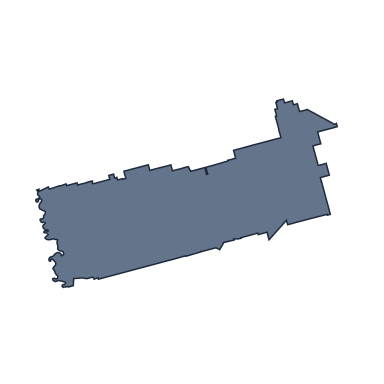 Río Bravo, Tamaulipas, Mexico, rotated 255°
{"feature_id": "50627088B84741997482443", "entity_name": "Río Bravo", "entity_type": "district", "adm_level": 2, "iso_a3": "MEX", "parent_name": "Mexico", "parent_adm1": "Tamaulipas", "projection": "orthographic", "projection_center": [-98.021, 25.728], "detail": "fine", "context": "isolated", "style": "filled", "palette": "slate", "viewbox_px": 384, "rotation_deg": 255, "n_neighbors": 0, "source": "geoboundaries", "source_scale": "gbopen_adm2", "svg_char_len": 5654}
<svg xmlns="http://www.w3.org/2000/svg" viewBox="0 0 384 384"><g transform="rotate(255 192 192)"><path d="M134.6,319.8L137.3,319.8L140.2,319.9L152.3,319.8L166.5,319.8L169.0,319.8L168.8,319.6L172.7,319.7L172.7,329.0L184.9,329.0L184.9,320.8L205.2,320.7L205.3,324.9L205.2,328.9L217.4,328.9L217.5,333.0L217.4,345.4L217.5,345.4L217.5,349.2L220.9,349.2L220.3,347.4L221.4,346.2L221.9,345.7L234.0,333.0L241.5,325.0L241.9,324.8L241.9,324.5L241.8,322.8L241.9,316.7L250.0,316.6L250.0,312.6L254.1,312.5L254.1,304.4L258.1,304.4L258.1,297.5L256.9,297.5L256.9,297.3L256.8,296.2L254.0,296.2L250.3,296.1L250.4,293.4L243.5,293.4L243.5,292.1L241.9,292.1L231.1,292.1L229.7,291.9L221.5,292.0L221.4,290.1L221.4,288.1L221.5,287.8L221.5,271.6L221.6,261.9L221.5,261.0L221.5,242.9L213.4,242.9L213.3,239.2L213.1,239.1L213.1,238.9L213.3,238.1L213.3,237.2L213.3,236.5L213.3,236.3L213.4,234.8L212.7,234.8L212.6,233.7L212.6,230.8L212.5,228.7L212.5,227.3L212.4,226.7L212.5,225.7L212.4,224.8L212.4,222.3L212.3,219.8L212.3,217.1L212.3,213.8L212.2,212.1L212.2,211.7L210.6,211.8L209.3,211.7L206.6,211.8L205.2,211.8L205.2,210.6L212.3,210.7L212.3,201.0L212.3,197.8L212.3,196.2L213.1,196.2L213.2,195.8L215.1,195.5L217.5,195.0L217.6,192.4L217.4,186.7L217.6,179.6L217.4,179.5L217.4,179.4L217.4,178.6L223.7,178.6L223.6,172.9L223.8,172.4L223.7,172.1L223.7,171.9L223.8,165.4L223.8,158.8L223.8,156.9L229.6,156.8L229.7,131.6L222.2,131.6L222.2,128.5L222.2,128.4L222.9,128.4L222.9,123.2L225.6,123.2L225.5,120.8L229.6,120.9L229.5,115.9L225.5,115.9L225.5,99.7L226.0,97.9L228.3,98.7L228.6,97.1L228.5,92.7L228.3,92.7L228.3,88.9L228.4,86.9L228.4,83.7L228.3,83.2L230.6,83.3L230.6,76.0L230.6,72.6L232.3,72.6L232.4,72.4L231.9,65.8L232.3,65.5L231.7,55.0L234.1,54.5L232.2,44.4L234.3,44.9L234.1,42.5L233.5,42.8L233.2,43.0L232.8,43.0L232.2,43.1L231.7,43.0L230.2,42.3L229.5,42.3L228.8,42.5L227.7,43.2L226.6,43.7L226.4,43.7L226.1,43.3L225.8,42.7L225.6,42.0L225.4,41.2L225.3,40.3L225.0,39.3L224.7,39.0L224.5,38.9L224.2,38.9L223.7,38.8L223.3,39.0L222.8,39.3L222.4,39.8L222.3,40.0L222.3,40.4L222.4,40.7L222.7,41.0L223.7,41.6L224.1,41.9L224.4,42.1L224.7,42.5L224.7,42.9L224.7,43.2L224.6,43.6L224.3,44.3L223.8,44.6L223.2,44.7L222.6,44.7L222.4,44.5L221.8,44.1L221.6,43.8L220.7,42.5L219.2,41.3L218.7,40.9L217.8,40.6L217.3,40.4L216.6,40.4L215.4,40.6L214.8,40.8L214.5,41.1L214.3,41.6L214.0,42.0L213.5,42.5L212.6,43.2L212.4,43.6L212.2,44.4L212.0,44.6L211.7,44.9L211.2,45.1L210.9,45.1L210.4,45.1L209.8,45.0L208.9,44.4L208.4,43.9L208.0,43.3L207.7,42.8L207.5,42.5L207.0,42.3L205.8,42.2L205.4,41.9L205.1,41.4L204.9,40.1L205.0,39.3L205.1,38.7L205.0,38.4L204.9,38.2L204.2,38.0L201.8,38.6L201.5,39.0L201.3,39.4L201.2,39.7L201.3,40.6L201.3,41.1L201.1,41.5L200.7,41.8L200.2,42.2L199.8,42.2L199.5,41.8L199.1,40.9L198.7,40.1L198.5,39.8L198.1,39.5L197.8,39.2L197.5,39.1L196.8,39.0L196.3,39.0L195.6,39.1L195.0,39.4L194.0,40.0L193.5,40.4L193.3,40.7L193.1,41.1L192.7,42.3L192.4,42.8L192.0,43.1L191.9,43.2L191.6,43.1L191.5,42.9L191.5,42.5L191.7,42.0L192.1,41.4L192.3,40.8L192.4,40.2L192.3,39.4L192.1,39.0L191.8,38.6L191.4,38.5L191.2,38.5L190.8,38.7L190.8,39.0L190.8,39.4L190.7,39.7L190.2,40.6L189.8,41.1L189.0,41.6L188.6,41.8L188.3,42.0L188.1,42.0L187.9,41.9L187.6,41.6L187.4,41.1L187.3,40.6L186.9,39.7L186.6,39.1L186.5,38.9L186.3,38.6L185.9,38.4L185.6,38.2L185.3,38.2L184.8,38.5L184.1,39.1L183.6,39.8L183.2,40.6L183.1,41.0L182.8,41.9L182.6,43.4L182.7,45.5L182.3,46.5L182.1,46.8L181.8,47.3L181.4,48.0L181.1,49.1L181.1,49.4L180.9,49.8L180.7,49.9L179.4,49.1L178.8,48.8L178.0,48.5L177.1,48.4L176.0,48.4L174.7,48.4L173.7,48.2L172.3,47.6L171.7,47.6L171.3,47.6L170.6,47.9L170.1,48.2L169.4,49.3L168.0,51.7L167.8,51.8L167.3,52.0L167.0,52.1L166.1,52.1L165.4,52.1L165.2,52.0L164.7,51.3L164.3,50.3L164.1,49.9L164.0,49.7L164.4,49.4L165.6,49.3L166.1,49.3L166.7,49.0L167.1,48.7L167.4,48.4L167.8,47.8L168.1,47.0L168.2,46.1L168.2,45.5L168.0,44.7L167.8,44.0L167.6,43.6L167.1,42.9L166.8,42.6L166.6,42.4L166.3,41.9L166.2,41.7L165.9,40.5L165.9,38.9L165.6,37.9L165.0,37.0L164.8,36.8L164.3,36.5L163.9,36.3L163.2,36.2L162.5,36.3L162.3,36.4L161.9,36.7L161.8,37.1L161.8,37.4L162.0,37.6L162.2,37.8L163.1,38.0L163.5,38.3L163.7,38.8L163.7,39.2L163.5,39.4L162.6,40.1L162.2,40.4L160.9,41.2L159.4,41.9L158.9,42.0L158.6,42.0L157.6,41.7L156.8,41.2L156.6,41.1L156.3,40.6L156.1,40.3L155.9,39.8L155.6,39.3L154.7,38.5L154.5,38.2L154.3,38.0L154.1,37.9L153.5,37.9L151.9,38.6L150.5,38.9L149.1,39.0L147.0,39.6L146.4,40.2L146.1,40.4L145.9,40.5L145.5,40.5L144.9,40.4L143.8,39.9L143.6,39.8L143.3,39.5L143.3,39.0L143.3,38.4L143.4,38.0L143.6,37.6L144.2,36.8L144.3,36.6L144.5,36.1L144.5,35.7L144.4,35.4L144.1,35.0L143.7,34.8L143.3,34.8L143.0,34.9L142.6,35.0L142.0,35.4L141.4,36.0L141.1,36.4L140.9,36.8L140.8,37.4L141.1,39.5L140.9,40.3L140.7,40.9L140.0,42.2L139.8,42.9L139.6,43.3L139.3,43.7L138.7,44.4L138.6,44.6L138.5,45.2L138.4,45.4L138.3,45.6L137.8,46.0L137.4,46.2L136.9,46.3L136.6,46.2L136.4,46.0L135.9,45.4L135.8,45.2L135.8,44.8L135.9,44.1L135.9,43.3L135.7,42.9L135.5,42.4L135.3,42.3L134.8,42.1L134.3,42.2L134.0,42.3L133.2,43.1L133.4,43.3L132.6,47.9L132.5,48.5L132.2,48.5L132.2,53.1L139.0,55.3L137.3,64.2L137.0,64.9L136.6,65.5L136.2,66.3L135.5,68.2L135.5,73.3L135.5,73.5L135.5,74.1L133.4,74.9L133.1,74.9L133.2,75.6L133.6,79.0L132.0,79.0L131.9,161.1L132.0,164.9L132.0,165.1L132.0,169.2L131.5,169.3L131.8,183.1L132.2,185.7L131.9,185.6L132.0,188.8L131.9,200.7L130.8,202.0L129.1,203.8L135.0,209.7L134.7,220.2L135.9,220.2L134.7,224.7L134.6,227.5L135.2,227.5L135.2,239.1L135.3,244.9L133.7,244.9L133.7,254.1L125.9,254.0L140.2,275.9L135.7,275.9L135.6,281.0L135.7,284.1L135.6,304.3L135.5,308.5L135.4,316.9L134.6,316.8L134.6,319.8Z" fill="#64748b" stroke="#1e293b" stroke-width="1.5"/></g></svg>